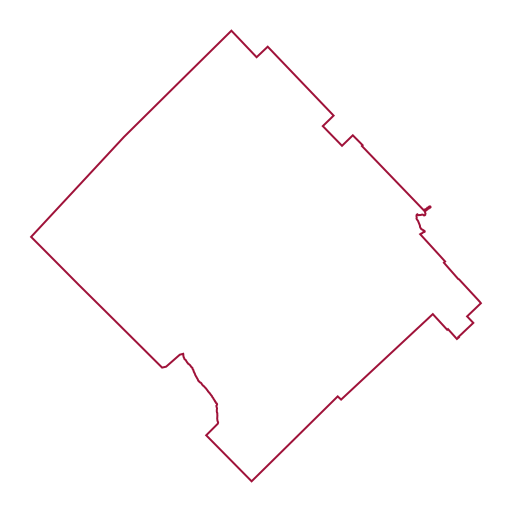 Guaminí, Buenos Aires, Argentina (orthographic projection)
{"feature_id": "61730980B37938021690792", "entity_name": "Guaminí", "entity_type": "district", "adm_level": 2, "iso_a3": "ARG", "parent_name": "Argentina", "parent_adm1": "Buenos Aires", "projection": "orthographic", "projection_center": [-62.287, -36.903], "detail": "fine", "context": "isolated", "style": "outline", "palette": "rose", "viewbox_px": 512, "rotation_deg": 0, "n_neighbors": 0, "source": "geoboundaries", "source_scale": "gbopen_adm2", "svg_char_len": 3731}
<svg xmlns="http://www.w3.org/2000/svg" viewBox="0 0 512 512"><path d="M479.8,301.8L459.0,279.3L458.2,279.0L443.9,262.7L445.1,261.5L420.2,234.2L421.3,233.5L421.5,233.4L421.8,233.3L422.2,233.2L422.5,233.0L422.7,232.6L423.0,232.3L423.3,232.2L423.6,232.1L423.9,232.1L424.3,232.0L424.7,231.7L424.7,231.2L424.3,230.8L423.9,230.6L423.5,230.3L423.0,230.0L422.5,229.7L422.3,229.6L422.0,229.5L421.6,229.3L421.4,229.2L421.2,229.0L421.2,228.8L421.1,228.7L420.8,228.3L420.5,227.9L420.2,227.3L420.0,226.8L420.0,226.1L419.9,225.6L419.7,225.1L419.5,224.5L419.3,224.0L419.1,223.6L418.9,223.1L418.8,222.8L418.6,222.3L418.3,221.7L418.2,221.2L418.0,220.9L417.7,220.4L417.4,220.0L417.0,219.6L416.7,219.0L416.5,218.5L416.6,218.1L416.7,217.8L416.7,217.4L416.6,216.9L416.5,216.5L416.5,216.0L416.5,215.6L416.6,215.1L416.7,214.8L417.0,214.5L417.4,214.3L417.7,214.6L417.9,214.8L418.2,215.1L418.6,215.2L419.0,215.1L419.4,215.0L419.9,215.1L420.5,215.0L421.0,214.9L421.4,214.8L422.0,214.6L422.6,214.6L423.1,214.8L423.5,215.1L423.9,215.4L424.3,215.4L424.7,215.3L425.2,214.9L425.2,214.4L425.5,213.7L425.3,213.1L425.1,212.5L425.0,211.9L424.7,211.4L424.5,210.8L424.5,210.3L424.9,210.0L425.3,210.0L425.6,210.4L425.9,210.6L426.2,210.4L426.3,210.0L426.7,209.8L427.3,209.6L427.5,209.2L427.9,208.9L428.5,208.6L428.8,208.5L429.0,208.1L429.2,207.9L429.6,207.8L430.1,207.7L430.5,207.3L430.4,206.9L430.4,206.6L430.1,206.4L429.7,206.4L429.3,206.5L429.0,206.7L428.7,207.1L428.2,207.6L427.8,207.7L427.4,207.7L427.2,208.0L427.0,208.3L426.6,208.6L426.1,209.0L425.7,209.2L425.3,209.4L424.8,209.5L424.4,209.6L424.2,209.8L423.9,210.0L423.7,210.2L361.9,146.0L362.6,145.2L352.8,135.3L342.0,145.8L322.8,126.1L333.6,115.6L267.7,46.7L256.6,57.2L231.4,30.7L177.6,83.8L123.9,137.0L93.0,170.3L31.1,236.9L53.5,259.4L78.9,285.0L109.6,315.4L162.1,367.6L166.1,366.7L179.8,354.7L183.2,353.8L183.3,354.2L183.3,354.7L183.3,355.2L183.3,355.7L183.5,356.2L183.6,357.0L184.0,357.7L184.2,358.3L184.5,359.1L185.2,359.7L185.7,360.0L186.0,360.5L186.3,361.1L186.8,361.8L187.1,362.4L187.7,363.0L188.1,363.7L188.8,364.1L189.4,364.6L190.0,365.1L190.6,365.9L190.9,366.5L191.3,366.9L191.7,367.3L192.1,367.6L192.4,367.9L192.5,368.6L192.6,368.9L192.9,369.4L193.4,370.1L193.5,370.8L193.8,371.5L193.9,372.0L194.3,372.5L194.5,373.1L194.9,373.8L195.1,374.5L195.3,375.1L195.7,375.7L196.0,376.4L196.4,376.9L196.6,377.4L196.9,377.9L197.1,378.3L197.5,378.9L197.8,379.4L198.0,380.1L198.3,380.7L198.7,381.2L199.2,381.4L199.6,382.1L200.2,382.5L200.7,382.7L201.2,383.1L201.6,383.7L202.0,384.4L202.4,384.9L202.8,385.3L203.1,385.7L203.6,386.0L204.1,386.4L204.5,386.9L205.0,387.5L205.5,387.9L205.9,388.4L206.3,388.9L206.7,389.4L207.1,390.0L207.7,390.7L207.9,391.0L208.0,391.4L208.5,391.8L208.8,392.2L209.0,392.5L209.5,393.0L209.8,393.2L210.1,393.8L210.4,394.2L210.7,394.5L210.9,394.9L211.2,395.2L211.5,395.6L211.9,396.0L212.1,396.5L212.4,397.2L212.9,397.7L213.2,398.1L213.5,398.7L213.7,399.2L214.1,399.7L214.3,399.9L214.4,400.2L214.6,400.6L214.8,400.8L215.0,401.0L215.0,401.3L215.4,401.7L215.6,401.9L215.6,402.3L215.9,402.8L216.2,403.1L216.6,403.3L217.0,403.9L217.1,404.2L217.0,404.6L216.9,405.0L216.7,405.3L216.4,405.7L216.4,406.1L216.5,406.5L216.6,406.9L216.8,407.6L217.0,408.3L217.0,408.7L216.9,409.3L216.8,409.9L216.8,410.4L216.8,411.1L216.8,411.6L217.0,412.3L217.0,412.6L217.2,412.8L217.3,413.1L217.3,413.7L217.3,414.3L217.3,415.0L217.4,415.7L217.3,416.3L217.3,416.9L217.3,417.4L217.2,418.0L217.2,418.5L217.3,419.4L217.4,420.2L217.5,420.9L217.8,421.6L218.1,422.3L218.0,422.9L217.9,423.4L217.8,423.7L206.2,435.3L251.6,481.3L337.7,396.4L341.1,399.6L432.8,314.1L447.2,329.8L448.0,329.1L456.9,339.0L458.8,337.4L458.4,337.0L473.3,322.9L467.1,316.4L480.9,303.2L479.8,301.8Z" fill="none" stroke="#9f1239" stroke-width="2"/></svg>